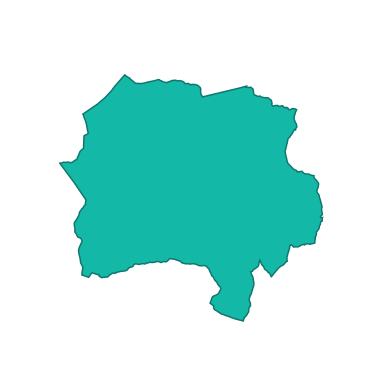 the district of Fardea, Timis, Romania, rotated 23°
{"feature_id": "2599482B51833056791776", "entity_name": "Fardea", "entity_type": "district", "adm_level": 2, "iso_a3": "ROU", "parent_name": "Romania", "parent_adm1": "Timis", "projection": "mercator", "projection_center": [22.228, 45.733], "detail": "fine", "context": "isolated", "style": "filled", "palette": "teal", "viewbox_px": 384, "rotation_deg": 23, "n_neighbors": 0, "source": "geoboundaries", "source_scale": "gbopen_adm2", "svg_char_len": 5990}
<svg xmlns="http://www.w3.org/2000/svg" viewBox="0 0 384 384"><g transform="rotate(23 192 192)"><path d="M289.6,290.7L289.6,290.1L289.1,289.4L289.5,288.2L289.3,287.5L289.6,286.3L290.4,284.5L290.6,282.0L291.0,280.6L290.8,279.7L290.2,277.9L289.8,276.3L289.8,275.7L290.3,274.4L290.3,274.1L290.1,273.3L289.2,271.6L286.6,268.7L286.4,268.0L286.3,265.9L285.8,264.6L286.3,263.8L286.3,262.0L286.0,260.6L285.9,258.9L285.5,256.5L285.5,254.7L285.3,253.6L284.4,251.3L282.9,249.2L281.7,247.1L280.1,245.3L279.2,244.9L277.2,242.5L277.7,242.2L278.6,241.3L278.6,240.6L279.1,239.2L280.2,237.7L281.8,234.9L281.9,234.3L281.9,233.2L281.2,230.0L281.1,228.2L284.8,231.8L286.8,232.5L288.9,234.5L289.6,234.8L292.0,235.3L292.9,236.0L294.3,236.4L295.3,236.5L296.3,237.5L297.1,238.0L297.3,238.3L298.1,239.0L298.4,238.5L298.7,237.1L300.0,232.5L301.5,227.8L303.0,225.2L304.0,224.2L304.5,223.5L305.0,222.3L305.1,221.6L305.4,221.1L305.9,219.6L306.2,219.0L306.7,218.6L305.2,215.8L304.6,213.6L304.5,212.9L304.6,212.4L304.1,210.3L304.2,209.8L304.1,208.0L303.9,207.3L303.9,206.1L303.5,205.4L303.6,204.7L302.9,203.1L303.6,202.5L303.6,202.1L304.3,201.9L305.4,202.1L306.4,202.8L307.1,203.0L308.3,202.2L310.8,201.2L311.3,200.9L311.6,200.2L312.4,199.6L313.0,198.5L315.4,196.5L316.2,196.8L316.7,195.9L317.2,195.3L318.2,194.7L319.9,194.1L321.3,194.0L322.3,192.8L323.1,192.5L324.8,191.2L324.9,190.8L324.0,188.3L324.0,188.0L323.4,185.8L323.1,185.9L323.2,183.1L322.6,181.1L322.2,180.4L322.2,180.0L322.8,178.4L322.8,177.4L323.0,177.1L323.1,176.7L323.1,175.2L322.6,174.0L322.8,171.5L322.4,170.5L322.2,168.8L322.2,168.7L322.6,168.5L323.1,168.1L323.0,167.0L321.9,165.2L322.1,165.0L322.1,164.5L320.6,165.3L319.9,164.6L320.0,163.9L320.7,162.3L320.7,161.5L319.2,159.3L318.0,157.3L317.7,156.4L317.6,155.8L317.6,154.9L313.0,148.9L311.6,147.4L310.1,145.2L309.2,144.5L308.0,144.0L306.9,142.8L306.6,142.6L306.4,142.2L306.3,141.5L306.3,140.8L306.2,138.1L305.9,137.4L305.8,136.7L305.5,135.3L305.0,134.5L301.9,132.6L299.0,131.4L298.3,130.6L298.1,129.8L298.1,129.4L297.9,129.3L295.2,130.0L292.7,129.9L292.0,130.0L289.9,130.9L288.3,131.1L287.1,131.0L285.3,130.0L284.4,130.4L282.8,131.4L281.0,132.3L280.6,131.8L279.3,131.3L277.9,131.5L276.6,131.3L269.2,128.2L267.8,126.8L265.1,123.0L263.6,121.1L263.0,119.9L261.9,118.7L261.1,114.0L260.9,112.3L260.6,111.5L260.5,109.9L259.6,105.6L259.7,105.1L260.6,102.9L260.7,101.5L261.0,100.7L261.6,98.1L261.5,97.0L262.1,94.3L262.3,94.1L263.0,94.3L262.7,93.2L263.1,91.4L263.0,91.1L261.7,88.9L261.2,88.4L259.9,87.7L259.4,87.0L258.2,85.8L257.0,84.2L256.4,81.7L256.4,80.0L256.3,79.2L256.1,78.5L256.1,77.4L256.2,75.4L254.8,75.3L254.2,75.2L252.6,75.6L251.6,76.2L251.0,76.9L250.5,77.6L249.3,78.3L248.7,78.2L247.2,77.1L246.2,77.2L245.8,77.5L245.3,77.5L244.9,78.0L244.4,78.2L244.1,78.2L242.0,77.3L241.3,77.3L240.3,78.2L239.8,78.4L239.5,78.9L238.0,79.1L237.5,78.9L236.9,78.9L234.3,80.2L233.2,81.3L231.6,80.9L231.2,80.3L231.1,79.1L230.6,78.7L229.6,77.0L229.2,76.7L228.7,76.4L226.6,76.0L225.7,75.6L225.3,75.6L223.8,76.0L221.9,76.9L220.4,77.1L219.5,77.4L218.3,77.4L217.1,77.1L215.4,78.2L214.7,78.3L212.6,78.1L211.8,78.4L210.9,78.1L210.4,77.4L208.3,73.8L207.4,73.2L205.0,72.6L203.8,73.5L200.4,74.4L200.6,73.4L194.6,78.1L165.8,99.4L164.9,100.4L162.3,98.7L161.8,98.1L160.5,95.9L160.0,94.2L159.4,93.2L158.4,92.5L156.4,91.8L155.7,91.6L154.4,91.6L152.8,91.9L149.9,92.9L149.3,93.6L148.8,94.0L148.2,93.7L147.3,93.7L146.2,93.5L144.5,94.5L142.9,94.8L141.5,94.0L139.8,93.8L139.1,93.9L138.2,94.3L136.9,94.3L135.6,95.3L133.2,95.5L130.0,97.2L129.4,97.7L128.9,98.6L128.2,99.0L127.2,100.0L126.9,100.1L126.3,101.1L122.0,102.0L120.7,101.6L119.5,101.8L117.5,101.4L113.7,104.4L108.6,107.9L105.3,110.5L102.0,112.5L100.3,112.9L97.8,114.0L92.3,112.5L89.7,111.5L87.6,111.3L84.3,110.5L79.8,124.2L79.0,127.1L78.3,130.3L75.0,139.3L70.6,148.1L61.1,163.0L61.7,163.3L63.3,165.2L66.1,168.1L67.7,169.9L72.4,177.0L73.6,178.4L72.6,180.1L70.7,182.4L70.7,182.6L73.6,190.3L73.9,191.5L74.7,192.9L74.8,193.5L75.0,193.9L75.0,194.4L73.5,197.3L73.1,198.6L73.1,200.5L73.2,202.0L73.1,204.6L73.4,206.0L73.4,206.3L72.9,207.0L72.8,207.6L71.8,208.6L70.2,211.5L68.6,212.5L67.4,212.8L66.9,212.6L65.0,213.5L64.0,214.2L62.9,214.5L62.1,214.8L60.6,216.2L59.1,217.2L79.9,229.4L97.6,240.8L98.2,243.9L98.7,244.4L98.8,245.1L98.1,246.7L97.9,249.2L97.5,249.7L97.2,250.4L96.4,254.5L96.4,255.1L97.0,257.3L96.3,263.8L95.9,264.6L95.7,266.3L96.6,268.4L98.7,271.7L99.7,274.4L100.2,274.9L101.8,275.7L103.3,277.2L104.3,277.9L104.8,278.1L107.4,278.0L108.4,278.5L110.1,280.1L109.9,286.9L110.3,290.1L111.5,292.1L115.4,297.6L116.6,299.7L117.3,300.8L120.9,303.8L122.2,308.9L123.0,311.4L130.2,310.9L131.0,307.3L131.7,305.3L136.5,305.1L138.8,304.5L139.4,305.7L139.6,305.8L140.3,305.6L141.3,306.1L142.3,306.1L146.1,303.9L147.5,303.3L148.4,301.2L149.5,299.3L151.1,297.3L152.6,297.1L152.9,296.9L155.0,294.6L156.3,293.8L157.4,292.9L160.9,291.0L162.5,289.6L162.7,289.3L163.2,287.6L164.0,286.0L164.4,285.5L166.2,284.3L166.4,283.9L166.8,283.1L166.8,282.5L167.0,281.3L167.7,280.6L168.2,280.2L169.4,279.8L171.6,279.4L173.9,277.6L174.7,277.1L176.9,276.6L177.6,275.5L179.6,274.2L180.7,273.1L181.2,272.9L182.7,272.6L185.2,271.1L186.1,270.3L187.8,269.3L189.1,269.0L190.6,269.1L191.3,268.8L192.1,267.9L193.3,267.1L194.0,266.7L195.3,266.5L195.7,266.2L196.4,264.9L197.2,262.8L197.9,261.8L199.9,261.4L202.0,260.7L204.1,260.7L206.6,260.4L208.7,260.4L210.0,261.1L210.7,261.1L214.1,260.6L216.5,259.6L218.4,259.1L221.2,257.5L222.8,257.1L225.4,256.9L226.9,257.1L229.5,256.3L231.6,255.1L232.8,254.7L233.7,254.7L236.3,255.7L237.9,256.5L240.0,258.7L241.4,259.6L242.8,261.4L244.3,261.7L244.8,262.0L247.4,264.2L248.5,264.8L249.8,265.0L251.3,266.5L252.1,267.1L254.0,268.0L255.2,268.6L256.1,269.4L256.4,270.0L256.5,270.4L256.1,272.9L256.2,274.6L256.0,275.3L254.8,277.1L252.5,279.4L252.0,280.2L251.8,280.7L251.8,282.5L252.1,287.3L255.7,288.2L256.7,288.6L257.2,290.4L258.8,291.5L262.0,291.9L266.2,292.8L269.0,292.5L270.3,292.6L274.4,292.2L277.3,292.2L280.7,292.0L289.6,290.7Z" fill="#14b8a6" stroke="#0f766e" stroke-width="1.5"/></g></svg>